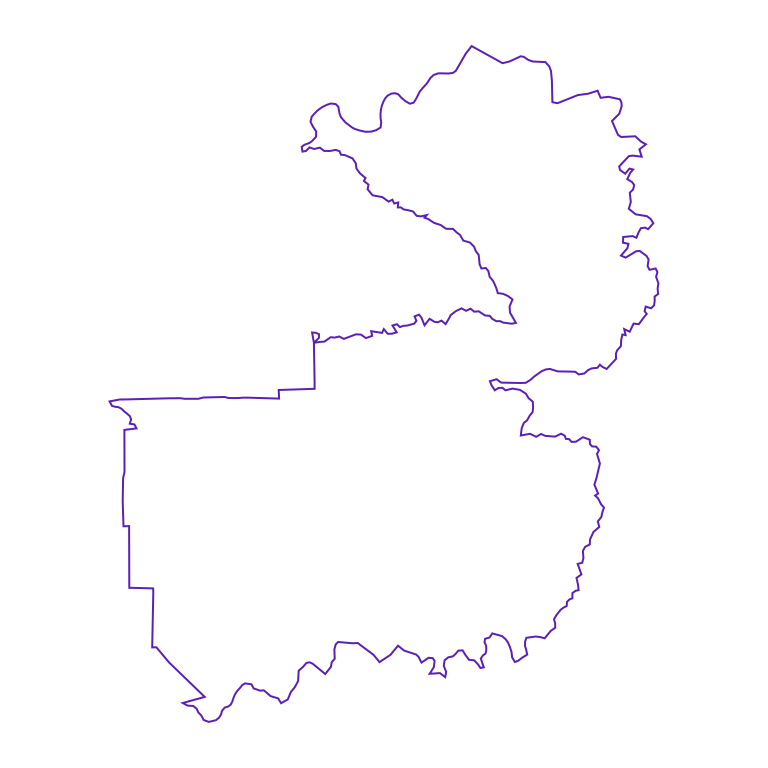 the district of Caxias do Sul, Rio Grande do Sul, Brazil
{"feature_id": "56859067B1705009335858", "entity_name": "Caxias do Sul", "entity_type": "district", "adm_level": 2, "iso_a3": "BRA", "parent_name": "Brazil", "parent_adm1": "Rio Grande do Sul", "projection": "orthographic", "projection_center": [-50.991, -29.075], "detail": "fine", "context": "isolated", "style": "outline", "palette": "violet", "viewbox_px": 768, "rotation_deg": 0, "n_neighbors": 0, "source": "geoboundaries", "source_scale": "gbopen_adm2", "svg_char_len": 6094}
<svg xmlns="http://www.w3.org/2000/svg" viewBox="0 0 768 768"><path d="M301.7,146.9L302.5,151.6L305.9,151.0L309.5,147.4L314.2,149.0L319.8,147.6L324.1,150.9L329.8,151.0L335.8,149.9L339.5,151.2L341.0,154.7L344.9,155.1L352.5,158.4L355.8,163.3L356.4,168.4L359.9,173.3L365.5,178.0L363.9,181.0L368.5,184.6L367.6,189.3L372.6,195.3L382.4,197.1L388.5,201.6L392.4,199.7L394.2,203.5L398.2,202.5L397.8,207.4L400.9,207.4L403.5,209.4L408.2,210.2L413.1,211.5L416.6,215.8L420.9,216.4L426.7,215.1L424.5,217.7L428.4,219.1L433.9,222.8L440.6,225.0L446.1,228.8L453.0,228.9L456.6,232.4L460.0,234.9L463.3,240.6L469.9,242.5L474.0,246.6L475.9,251.3L478.7,255.0L479.6,264.2L481.4,268.5L485.8,268.0L488.3,271.0L489.7,277.0L492.9,280.6L494.5,283.9L496.4,288.4L497.8,293.1L503.0,293.8L507.9,296.0L512.5,299.5L509.6,306.4L510.0,312.6L515.9,322.9L511.9,323.7L503.2,322.6L500.0,321.1L496.3,321.2L492.2,318.8L489.7,315.8L485.1,315.5L478.7,311.3L474.3,311.7L470.5,308.7L466.1,310.8L461.5,308.4L455.9,311.1L450.7,315.1L449.0,318.4L445.6,324.1L441.5,320.6L437.7,322.3L434.4,321.8L429.6,318.8L424.5,325.3L421.5,317.7L419.0,314.6L414.6,316.4L416.4,320.9L414.2,323.6L407.5,325.5L403.1,325.9L399.9,327.1L396.9,324.2L392.5,325.5L396.7,332.3L392.1,333.7L387.7,333.8L383.8,329.1L382.0,332.9L371.2,331.2L372.1,335.9L365.9,338.1L361.0,334.6L356.0,334.3L343.8,338.9L339.3,336.5L334.7,337.6L330.7,337.2L324.4,341.6L320.0,341.9L313.9,342.8L314.6,381.7L314.6,388.8L278.7,390.0L279.1,398.6L249.4,397.7L242.5,397.7L239.1,398.0L232.4,398.1L227.8,397.9L224.8,397.0L220.0,397.1L203.3,397.5L198.3,398.8L184.8,398.8L180.4,398.2L168.6,398.3L127.3,399.4L119.7,399.5L109.6,401.4L112.0,405.9L115.2,406.8L118.3,407.1L121.4,408.7L124.1,411.3L127.0,413.6L129.9,416.2L131.1,419.5L129.8,423.7L134.4,424.4L136.5,428.4L124.4,429.9L124.5,471.9L123.1,478.2L122.7,501.3L123.5,526.3L129.1,526.1L129.3,587.9L134.6,587.9L153.1,588.4L153.3,592.2L152.2,647.4L156.4,647.3L169.0,662.4L204.7,696.9L182.8,703.0L187.6,705.6L193.3,706.0L196.7,708.8L198.3,712.4L201.3,715.5L203.7,720.0L208.8,721.9L215.9,720.2L219.0,717.7L221.1,714.4L221.9,711.0L224.7,707.6L228.0,706.6L230.6,704.8L232.3,701.6L233.3,698.4L234.8,694.7L237.1,691.1L240.0,687.9L242.2,685.1L245.1,683.4L251.5,684.3L253.6,688.4L260.3,690.7L263.8,690.3L270.6,696.1L278.2,698.4L281.1,703.2L287.8,699.4L290.9,692.0L294.8,687.2L298.1,681.0L298.7,670.7L303.1,666.8L306.4,662.9L309.7,662.3L312.8,663.8L325.2,674.0L330.9,666.9L331.7,662.3L334.7,658.7L334.4,649.3L335.7,644.4L338.1,642.0L353.1,643.3L357.7,643.0L373.6,654.9L379.5,662.1L390.5,654.8L398.0,645.7L404.2,650.6L416.1,654.5L418.5,656.8L421.5,662.6L428.5,657.8L432.7,658.1L434.6,660.9L433.9,667.0L429.7,673.8L439.9,673.1L445.2,677.1L446.2,671.9L443.8,665.9L444.6,660.3L448.3,657.3L452.8,656.4L455.4,654.1L458.4,650.6L462.6,650.4L465.5,655.1L469.1,659.8L474.2,660.3L477.8,664.1L480.4,668.0L483.8,667.3L480.8,658.6L482.9,655.4L485.5,653.6L486.3,650.2L486.1,645.7L484.5,642.2L485.1,638.8L489.5,637.5L492.3,633.4L502.0,636.1L505.8,639.4L508.1,642.7L510.0,647.2L511.5,651.9L512.1,657.3L514.9,662.0L518.1,660.8L522.3,657.6L527.2,654.6L526.2,649.8L525.0,645.9L525.1,641.6L526.4,637.8L535.9,636.5L540.3,637.1L544.7,638.3L550.6,631.0L555.2,627.8L555.2,623.6L554.0,619.2L556.2,615.4L560.6,609.8L563.7,607.5L566.7,606.0L567.0,601.9L569.5,599.4L572.4,598.3L572.4,593.1L575.6,590.8L578.6,590.2L578.0,584.7L576.5,577.9L581.4,574.4L577.7,563.9L582.3,562.7L583.4,558.0L582.9,550.9L585.2,546.8L589.8,544.4L590.0,539.6L593.4,532.0L599.3,526.9L597.8,521.4L601.3,517.1L602.4,512.1L604.0,507.6L601.0,504.2L598.1,498.4L595.1,495.6L598.1,493.5L594.4,484.7L596.6,477.6L599.9,463.5L597.0,453.9L599.0,450.2L596.3,446.7L592.1,446.4L589.9,444.0L589.8,439.7L582.9,437.2L576.0,441.7L571.6,441.9L569.1,439.1L565.9,438.9L564.7,435.7L561.1,433.7L555.2,436.6L545.3,435.9L541.1,434.0L536.2,436.8L530.1,433.8L520.8,435.5L521.7,428.2L523.9,422.8L526.9,420.6L529.8,415.5L532.6,412.1L533.1,407.6L532.8,401.7L528.5,398.1L525.9,393.7L520.0,389.9L512.5,388.6L505.4,390.3L502.5,387.8L498.4,388.0L494.8,390.3L491.5,385.2L489.9,381.2L496.6,379.2L501.1,382.6L520.5,383.0L525.8,382.8L530.6,379.8L533.8,376.8L541.5,371.3L545.6,369.5L549.7,368.9L557.9,371.4L570.7,371.6L575.3,371.8L578.7,374.4L584.3,373.5L588.1,370.1L591.6,368.4L597.4,367.8L599.9,364.7L602.5,366.9L606.6,369.0L616.1,358.8L615.9,353.7L617.1,350.4L620.9,346.1L621.2,339.9L622.4,334.5L625.6,335.1L624.2,329.1L629.7,331.7L633.6,323.6L638.8,324.2L643.9,317.3L646.7,313.9L644.6,311.2L645.7,306.6L651.1,308.3L654.1,305.3L654.7,300.6L654.6,296.6L658.2,293.9L657.6,288.7L658.4,283.3L656.1,276.8L657.4,272.1L655.6,268.5L649.5,269.8L647.6,266.1L648.6,259.6L646.6,256.0L639.7,250.9L636.1,251.3L625.7,257.6L621.0,255.6L627.4,248.2L628.4,243.8L623.0,242.7L623.2,237.0L632.7,236.1L636.4,237.8L638.6,232.3L640.9,228.2L645.0,227.6L648.1,229.2L653.3,223.2L650.7,219.0L647.0,216.2L635.6,214.3L628.8,208.8L630.8,202.0L629.8,192.7L633.1,189.5L634.2,185.1L632.2,182.2L627.3,179.1L630.3,172.7L633.1,169.5L629.5,168.6L625.2,173.7L620.0,170.0L619.2,166.4L628.9,156.1L632.7,155.6L641.7,156.7L639.4,149.4L645.9,144.3L640.9,141.5L635.3,136.3L621.2,137.0L618.0,134.9L612.0,121.0L619.3,113.7L621.7,106.1L621.4,102.3L619.9,99.3L608.6,96.8L600.6,97.8L597.6,90.7L588.2,93.7L577.8,95.1L557.5,103.2L552.4,102.2L551.9,80.8L551.0,71.1L549.3,66.4L545.4,62.1L532.9,61.5L528.4,60.0L523.7,56.8L520.7,56.3L509.4,61.5L502.6,63.2L471.6,46.1L465.8,53.6L455.8,70.9L452.9,72.9L448.6,73.5L438.4,73.3L433.6,75.0L430.5,77.9L426.6,83.8L422.6,88.1L419.8,91.5L416.1,98.8L413.6,102.7L409.8,103.7L405.2,101.0L401.1,97.5L398.3,94.3L395.2,93.2L391.4,93.6L387.6,95.6L385.0,98.6L383.2,102.2L381.9,105.6L380.9,109.9L380.5,114.1L380.6,118.4L381.2,122.2L380.6,127.5L376.3,130.1L371.4,131.6L365.6,131.8L359.7,130.5L354.9,129.0L351.8,127.3L345.5,122.5L341.1,117.4L339.6,113.9L338.3,106.7L335.7,104.1L330.9,103.5L326.9,104.8L323.2,106.6L320.3,108.4L317.3,110.7L314.7,113.3L311.7,116.7L310.5,121.8L313.2,127.0L316.2,131.5L316.0,136.8L311.9,141.2L309.3,143.0L304.4,144.8L301.7,146.9ZM313.9,342.8L318.9,337.9L319.0,334.2L315.9,332.8L312.1,332.5L313.9,342.8Z" fill="none" stroke="#5b21b6" stroke-width="2"/></svg>